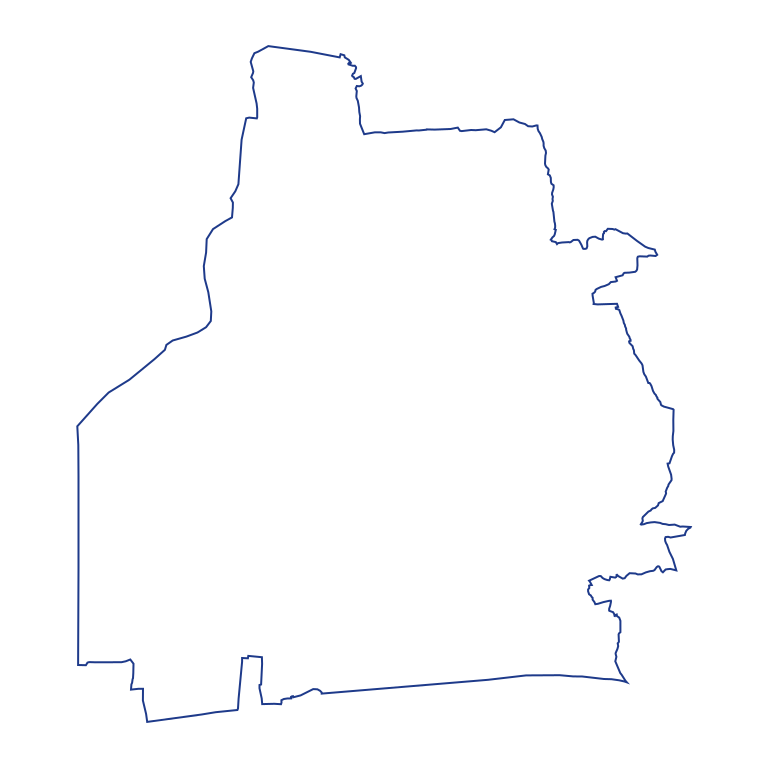 Tamasi, Bacau, Romania (Albers equal-area conic projection)
{"feature_id": "2599482B86885010091457", "entity_name": "Tamasi", "entity_type": "district", "adm_level": 2, "iso_a3": "ROU", "parent_name": "Romania", "parent_adm1": "Bacau", "projection": "albers", "projection_center": [27.031, 46.487], "detail": "fine", "context": "isolated", "style": "outline", "palette": "blue", "viewbox_px": 768, "rotation_deg": 0, "n_neighbors": 0, "source": "geoboundaries", "source_scale": "gbopen_adm2", "svg_char_len": 6073}
<svg xmlns="http://www.w3.org/2000/svg" viewBox="0 0 768 768"><path d="M620.3,673.1L615.3,661.3L616.4,656.8L615.6,653.8L615.7,652.9L617.4,649.0L618.2,646.1L617.7,643.3L618.6,642.4L618.9,641.5L618.6,634.4L619.0,633.4L620.4,632.2L620.4,620.8L619.2,617.6L617.0,616.1L616.7,614.5L615.8,614.9L614.9,616.1L614.6,616.0L614.2,614.1L613.1,612.2L609.3,610.8L609.1,610.3L609.2,608.6L610.1,606.0L611.0,601.7L610.9,600.7L609.2,600.8L603.4,602.1L597.9,603.8L595.3,604.2L594.5,602.2L592.6,599.6L592.6,597.8L591.5,596.7L590.9,595.5L589.1,594.3L588.1,591.3L588.1,589.5L589.3,588.0L589.1,585.6L590.4,585.1L591.7,585.0L589.8,581.5L589.1,580.7L598.9,576.1L599.9,576.0L600.8,576.1L602.6,578.0L604.5,579.1L607.2,580.0L609.2,580.3L609.7,579.6L610.4,576.8L615.2,577.6L616.2,577.0L616.7,575.9L616.5,575.1L617.0,574.8L618.3,576.1L622.7,578.6L624.7,578.2L626.4,575.9L629.6,573.2L635.5,573.5L637.7,574.4L641.5,574.3L645.8,572.4L650.0,571.2L653.2,570.8L654.5,570.1L656.7,567.1L657.8,566.3L658.7,566.3L659.4,566.9L661.5,571.2L662.9,572.3L665.6,569.5L667.3,569.2L670.3,568.9L676.3,570.4L672.9,558.9L669.4,551.8L667.1,545.0L666.0,543.1L665.2,541.0L665.0,538.6L665.6,537.1L668.1,536.8L670.6,537.5L684.9,535.0L685.2,533.4L686.3,530.8L688.2,528.8L690.4,527.6L690.7,527.0L682.7,526.5L680.2,526.7L674.7,524.6L669.0,525.0L665.7,524.2L662.6,523.9L660.1,522.9L654.6,522.1L650.9,522.4L646.7,523.1L643.9,524.2L641.2,524.6L640.8,524.3L642.3,522.0L642.8,520.9L642.4,518.3L642.9,517.0L648.4,511.6L650.7,510.5L651.4,509.5L652.7,508.4L655.2,507.9L658.0,505.4L658.7,503.1L662.7,501.1L665.8,494.2L666.1,493.2L665.7,491.6L667.2,487.7L668.2,486.1L668.4,484.9L668.8,484.1L671.5,480.2L671.6,478.8L671.1,474.7L668.2,466.5L667.6,463.6L669.5,463.3L672.0,456.1L673.1,453.8L674.1,452.7L674.2,449.9L673.2,445.2L672.7,439.6L672.8,436.1L673.4,431.0L673.3,419.8L673.6,409.7L673.0,409.1L663.9,406.6L661.6,405.4L661.0,404.8L660.3,402.0L657.6,399.0L657.3,398.3L657.4,397.7L656.4,396.3L655.9,395.0L654.5,393.6L653.0,390.9L651.5,386.1L650.5,384.2L649.6,383.0L648.3,383.0L645.9,376.6L644.3,374.3L643.4,371.9L642.5,365.3L641.6,363.5L639.2,360.5L635.3,354.7L634.5,354.0L634.2,353.4L633.9,350.2L633.2,348.8L632.6,346.2L629.4,342.9L629.1,341.4L629.3,341.1L630.6,340.8L630.5,339.6L629.8,338.5L629.3,336.7L627.3,333.8L626.9,332.6L626.1,329.6L626.1,328.5L625.1,326.4L624.9,325.0L623.8,322.9L623.4,320.6L621.5,315.7L620.4,313.4L619.3,310.0L618.6,309.5L615.9,308.8L615.7,307.5L618.1,306.9L617.0,303.8L597.6,304.4L593.6,304.0L593.8,302.8L592.6,295.6L592.5,293.7L593.9,292.9L595.1,291.7L595.6,289.8L596.9,288.9L601.1,286.9L604.6,286.0L608.8,284.2L610.8,282.1L615.7,281.5L617.0,280.8L615.6,277.2L622.6,275.3L623.7,273.3L624.6,272.8L629.4,272.6L635.2,271.8L636.3,270.9L637.1,269.5L637.5,265.4L637.3,258.5L637.5,257.4L637.9,256.7L639.6,256.3L647.3,256.6L648.5,255.7L650.3,255.5L655.6,256.0L657.2,254.8L655.4,251.7L654.8,249.6L648.3,248.0L645.2,246.7L637.0,240.9L627.4,233.5L625.7,233.6L623.0,233.2L615.5,229.2L614.4,229.6L612.6,229.0L607.8,228.8L606.0,231.2L604.7,231.1L603.9,231.9L604.0,233.2L603.1,234.1L602.8,238.0L603.0,239.2L602.7,239.5L601.6,239.5L598.7,238.6L595.3,236.7L592.6,236.9L589.3,238.2L588.1,239.4L587.3,240.9L587.1,242.5L587.3,246.3L586.6,248.4L585.7,248.8L583.7,248.9L583.0,248.6L581.4,244.8L579.1,240.7L577.6,239.8L573.4,240.0L570.7,242.1L569.7,242.4L568.9,242.1L562.0,242.5L558.0,243.1L557.0,244.1L555.8,242.1L551.9,241.2L551.4,240.0L550.8,239.7L552.5,237.3L554.0,236.0L554.7,234.5L555.8,229.8L554.5,229.2L555.1,227.7L555.2,225.8L554.9,223.3L554.4,221.6L553.4,211.8L553.0,210.8L551.8,203.7L552.8,200.9L552.5,199.0L552.9,196.8L552.0,194.4L552.1,192.9L553.3,189.4L553.7,187.2L553.6,185.3L551.5,183.8L551.1,182.8L550.9,181.5L550.8,177.9L549.8,175.4L547.9,174.3L548.7,169.5L547.9,168.3L546.3,166.9L545.4,165.3L545.0,163.7L545.4,155.6L546.0,153.0L545.7,150.6L544.3,148.2L543.6,145.8L543.6,143.3L543.4,141.9L542.2,139.0L541.7,136.9L539.9,133.1L538.5,131.1L537.7,128.8L537.5,125.5L536.4,125.4L532.3,126.5L528.1,126.2L525.0,124.0L519.4,122.5L513.5,119.3L504.8,120.0L500.9,127.3L494.6,132.2L491.2,130.7L486.3,129.3L475.7,130.2L471.1,130.0L461.7,131.1L460.0,130.8L457.8,127.6L450.6,129.0L434.7,129.6L426.7,129.4L426.6,129.7L418.7,130.5L416.7,130.4L402.5,131.7L388.2,132.5L384.6,133.1L380.6,132.3L375.0,132.3L364.2,134.2L360.0,123.7L359.9,119.3L360.1,116.2L359.3,112.0L359.0,107.3L357.8,100.8L356.5,98.0L356.3,96.3L356.8,91.0L355.6,88.5L356.8,86.0L359.4,86.3L361.3,85.6L362.4,84.5L362.8,83.6L361.6,81.6L360.8,76.1L355.8,78.9L354.6,78.8L353.8,77.1L352.5,76.4L352.1,75.7L352.9,73.8L354.3,73.0L356.1,68.1L356.0,67.1L354.8,65.7L352.8,65.8L348.5,64.4L348.3,63.7L349.3,62.6L350.5,63.2L350.9,62.9L348.7,59.8L344.8,57.4L344.3,55.3L340.6,54.2L339.7,57.4L310.7,51.8L268.3,46.1L258.1,51.7L254.4,53.2L251.9,58.4L250.7,61.9L253.3,71.3L253.0,73.0L251.2,77.2L253.2,80.3L253.8,82.5L253.1,87.9L256.6,103.5L257.2,108.8L257.2,117.3L256.8,118.4L249.2,117.6L246.2,118.3L241.6,139.7L238.4,184.2L235.3,191.3L230.6,198.2L232.9,202.5L232.8,207.9L232.0,217.4L225.3,221.1L213.0,229.1L206.7,239.1L206.1,252.5L203.8,266.1L204.7,278.7L208.3,292.2L211.3,311.4L210.8,321.0L206.1,327.2L197.5,332.5L186.4,336.6L172.7,340.5L166.4,344.9L164.9,349.8L154.4,359.2L129.4,379.7L108.7,392.5L97.3,403.9L77.3,426.3L78.3,445.0L78.5,476.2L78.5,568.2L78.1,665.0L85.9,665.2L87.5,662.6L89.2,662.1L95.9,662.3L121.5,662.2L125.7,661.3L130.3,659.5L133.5,663.7L133.3,673.1L133.0,678.3L132.6,679.1L132.1,682.8L131.4,684.4L131.0,689.6L138.5,688.8L143.0,688.8L142.9,700.5L146.1,714.0L147.2,721.9L201.6,714.5L215.7,712.2L237.4,710.0L238.0,708.5L238.6,698.6L242.1,661.7L242.1,658.0L247.9,658.3L248.3,655.9L261.9,657.2L262.1,663.9L261.1,684.5L259.5,685.0L259.5,688.3L261.7,698.4L262.2,704.1L274.3,703.8L281.0,704.2L281.5,702.6L281.4,700.2L283.9,699.0L287.2,698.5L291.1,698.4L291.0,696.9L292.0,696.3L293.0,696.2L293.2,697.3L300.6,695.4L313.2,689.1L317.4,689.3L320.1,690.8L321.7,692.5L321.7,693.6L488.1,679.8L526.1,675.4L559.7,675.2L573.1,676.4L582.3,676.5L604.0,679.0L611.4,679.2L619.2,680.3L624.5,681.5L626.8,682.3L625.4,680.7L621.6,674.7L620.3,673.1Z" fill="none" stroke="#1e3a8a" stroke-width="2"/></svg>